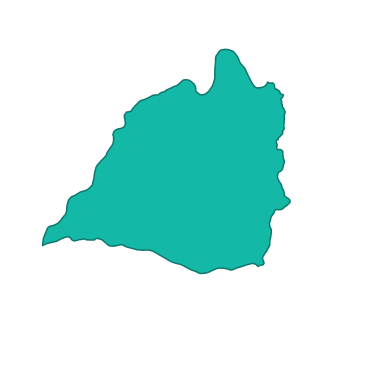 the district of Carneirinho, Minas Gerais, Brazil, rotated 39°
{"feature_id": "56859067B62729457033226", "entity_name": "Carneirinho", "entity_type": "district", "adm_level": 2, "iso_a3": "BRA", "parent_name": "Brazil", "parent_adm1": "Minas Gerais", "projection": "mercator", "projection_center": [-50.814, -19.776], "detail": "fine", "context": "isolated", "style": "filled", "palette": "teal", "viewbox_px": 384, "rotation_deg": 39, "n_neighbors": 0, "source": "geoboundaries", "source_scale": "gbopen_adm2", "svg_char_len": 4233}
<svg xmlns="http://www.w3.org/2000/svg" viewBox="0 0 384 384"><g transform="rotate(39 192 192)"><path d="M237.0,103.3L235.8,103.2L234.4,103.1L233.0,104.2L231.5,105.2L230.0,104.6L229.4,103.4L228.8,102.0L227.9,101.2L226.4,100.6L225.3,99.2L225.2,98.0L225.9,96.9L225.0,95.8L225.3,94.3L225.5,93.0L225.5,91.7L225.9,90.4L225.3,89.0L224.1,87.5L224.0,85.6L223.6,84.3L221.9,83.2L220.8,81.5L219.9,80.1L218.6,78.5L217.5,76.5L216.3,75.4L215.2,73.8L214.6,72.4L214.2,71.2L212.8,70.6L211.5,69.9L210.5,69.2L208.8,69.1L207.3,67.4L205.6,66.7L205.0,65.3L203.6,64.6L202.2,64.0L202.7,62.5L202.6,60.6L201.8,59.0L200.3,59.5L198.8,60.0L197.2,58.9L195.5,58.5L194.2,58.8L192.8,58.9L191.4,59.5L190.1,58.3L188.6,56.9L187.1,56.5L185.9,56.5L184.9,57.6L183.6,58.7L181.8,58.9L182.2,62.4L182.0,63.9L181.3,65.6L179.4,68.0L177.7,69.7L176.3,70.5L174.9,70.7L171.9,70.2L168.9,69.1L162.0,66.0L155.4,62.7L148.7,61.5L147.1,60.8L142.6,58.3L136.7,56.9L134.9,56.9L130.7,58.4L127.6,60.6L125.1,63.5L124.7,65.1L125.1,71.1L126.1,73.2L127.3,74.6L128.4,76.1L130.2,78.7L132.5,82.2L136.2,86.9L137.3,87.9L138.3,89.5L140.0,93.5L141.1,96.7L141.6,102.4L141.5,104.3L140.9,106.8L139.5,109.5L138.5,110.5L136.9,111.2L135.6,111.4L133.3,111.4L131.9,111.2L130.6,110.5L129.8,109.3L128.2,107.8L125.4,106.8L121.8,106.7L120.3,106.8L119.1,107.1L116.8,108.4L115.0,110.2L114.5,111.6L113.7,117.2L112.9,119.4L111.2,122.0L110.8,123.2L110.3,124.4L108.7,127.4L107.9,129.0L107.4,131.5L106.3,132.9L105.2,134.7L104.4,138.1L101.0,141.0L98.8,146.1L96.7,150.3L94.8,152.9L94.1,155.0L93.6,160.8L93.4,164.5L93.8,167.5L92.8,169.0L91.0,170.9L90.9,172.7L90.9,174.4L92.0,176.1L95.5,179.0L97.4,181.1L98.3,183.4L98.0,185.0L97.0,186.9L94.8,189.6L93.4,192.4L93.5,195.1L94.7,197.5L96.2,198.3L98.8,201.6L100.1,204.1L100.5,205.7L100.7,209.1L101.3,214.9L102.0,216.8L102.3,218.7L101.7,225.2L101.5,227.8L101.5,230.9L101.9,233.3L103.2,236.0L104.4,238.7L105.5,240.5L106.4,241.7L107.2,243.3L108.6,246.3L109.2,247.6L110.1,249.0L110.0,251.4L109.8,253.8L108.8,257.1L107.8,258.6L105.6,261.7L105.0,262.9L104.1,265.7L102.8,268.9L101.6,270.9L101.2,272.2L101.1,274.3L101.2,276.0L102.1,278.5L103.8,281.9L106.5,285.8L107.6,288.4L107.8,289.7L107.6,291.5L107.8,297.9L107.6,299.4L107.3,301.2L105.5,305.0L102.9,308.3L102.4,310.8L103.2,313.3L104.2,316.9L105.8,321.7L107.9,325.2L109.6,327.5L111.3,324.0L112.2,322.6L113.9,320.5L116.0,317.8L117.8,315.5L119.7,311.0L121.5,307.8L122.5,306.1L123.9,304.8L125.8,304.1L128.7,304.8L130.7,304.4L131.9,303.5L133.0,302.1L134.2,300.1L135.7,298.7L137.6,296.4L139.7,295.7L140.9,295.0L146.2,290.9L146.6,288.9L147.7,287.5L151.9,285.8L154.3,285.8L155.5,285.9L157.1,285.8L158.7,286.0L160.9,286.0L162.3,285.5L164.2,284.2L166.3,282.3L169.7,277.8L171.4,276.7L174.0,276.4L177.2,275.2L181.7,273.1L185.1,271.8L190.7,268.0L193.9,265.0L196.3,263.6L199.1,262.5L219.4,259.3L223.2,258.0L226.8,256.4L228.1,255.7L229.8,255.1L238.8,253.4L241.5,252.7L243.3,251.9L246.4,251.1L247.9,250.8L249.4,250.2L250.8,249.3L253.2,246.9L255.2,244.2L258.4,237.7L259.8,235.3L261.6,233.5L264.2,231.6L265.7,230.6L266.9,230.2L268.5,229.3L270.7,228.6L272.1,227.4L273.7,224.6L275.1,222.0L276.4,220.4L278.6,216.9L279.4,215.7L280.4,214.1L283.8,209.5L285.6,208.6L287.4,208.0L290.2,208.3L290.7,206.6L291.8,205.3L293.1,203.7L292.8,202.0L291.4,200.9L289.5,199.9L288.3,199.0L287.7,197.4L287.5,195.4L287.1,193.4L287.4,191.2L286.6,189.7L286.6,188.1L286.3,186.1L286.0,184.7L285.2,183.6L284.2,182.3L283.3,181.1L282.4,179.4L281.5,177.4L280.4,175.8L279.7,174.2L278.2,172.5L277.1,171.1L275.3,170.5L274.2,169.7L272.7,168.5L271.7,167.3L271.2,165.9L270.6,164.3L269.7,162.8L269.1,161.3L269.0,158.9L269.0,157.2L268.5,155.7L267.9,154.6L268.2,153.3L269.4,151.9L270.6,151.1L271.6,150.4L272.7,148.8L273.3,146.7L273.5,144.8L274.2,143.1L274.4,141.4L274.6,139.9L274.7,138.7L274.1,137.4L273.0,136.7L271.5,136.4L269.9,136.6L268.6,136.7L267.3,136.8L266.0,136.4L264.6,135.0L263.2,133.9L261.8,132.9L260.0,132.4L258.6,131.5L257.5,130.6L256.3,129.8L255.0,129.5L253.5,129.0L252.4,128.6L251.2,128.0L250.0,127.4L248.7,126.2L247.9,124.9L247.1,123.4L247.0,121.5L247.8,119.9L248.0,118.4L247.8,117.0L247.0,115.3L245.9,113.1L245.3,111.3L244.6,110.0L243.3,109.2L241.9,108.4L240.8,107.5L240.0,106.6L238.9,105.6L237.9,104.4L237.0,103.3Z" fill="#14b8a6" stroke="#0f766e" stroke-width="1.5"/></g></svg>